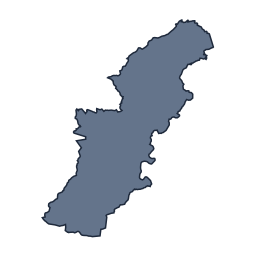 the district of Dak Po, Gia Lai, Vietnam, rotated 272°
{"feature_id": "81297802B45369844815447", "entity_name": "Dak Po", "entity_type": "district", "adm_level": 2, "iso_a3": "VNM", "parent_name": "Vietnam", "parent_adm1": "Gia Lai", "projection": "albers", "projection_center": [108.624, 13.929], "detail": "fine", "context": "isolated", "style": "filled", "palette": "slate", "viewbox_px": 256, "rotation_deg": 272, "n_neighbors": 0, "source": "geoboundaries", "source_scale": "gbopen_adm2", "svg_char_len": 5865}
<svg xmlns="http://www.w3.org/2000/svg" viewBox="0 0 256 256"><g transform="rotate(272 128 128)"><path d="M137.1,74.9L135.7,75.0L135.2,76.4L133.7,77.3L130.7,78.0L130.0,78.4L129.1,79.1L128.8,80.0L127.7,80.6L127.5,80.3L127.5,79.2L125.3,77.4L125.4,76.3L124.0,76.3L123.3,75.4L123.2,74.4L122.1,73.7L121.4,73.9L121.0,74.3L117.8,86.0L115.3,86.1L113.4,76.9L106.6,82.1L102.9,79.5L98.3,81.3L97.4,81.0L95.5,79.3L94.3,79.1L93.6,78.5L92.6,79.4L91.9,79.4L91.3,79.3L90.1,78.3L89.0,78.4L88.5,78.0L87.2,78.0L85.1,78.6L83.9,78.8L81.9,78.0L80.8,77.8L78.8,78.1L77.8,75.4L76.2,73.4L74.7,72.2L73.7,70.7L71.8,70.3L71.0,69.3L68.6,68.6L65.6,66.3L63.4,65.9L63.2,65.2L62.4,64.9L61.6,64.2L60.3,61.1L59.6,60.4L58.8,60.1L55.0,59.9L54.2,58.2L52.4,56.4L51.5,55.1L51.1,53.4L49.7,51.6L49.1,51.4L47.3,51.3L46.5,51.8L45.8,52.8L42.1,52.0L40.8,50.3L40.2,48.4L39.3,47.9L38.6,47.9L37.6,47.9L36.2,48.3L35.4,45.5L34.0,46.5L32.4,48.0L31.9,49.0L30.6,50.4L29.4,52.1L28.6,58.6L27.5,63.0L28.1,65.0L28.3,66.4L29.4,68.9L26.7,69.2L23.3,68.9L21.7,71.3L21.8,71.9L21.4,72.4L21.7,73.3L22.0,76.8L21.4,78.3L21.8,79.5L22.8,81.0L22.9,81.9L22.3,83.1L20.0,84.8L19.3,85.8L19.1,87.6L19.1,90.6L18.6,92.5L18.6,94.2L18.2,96.2L19.2,103.8L25.8,104.4L26.1,106.2L27.3,109.0L38.1,109.9L39.9,109.2L40.7,110.2L40.9,111.0L42.2,114.3L42.7,116.9L43.7,117.0L44.4,117.4L45.6,117.1L46.6,117.7L48.2,120.5L48.5,121.6L51.0,123.0L51.0,124.5L51.7,127.3L52.8,127.7L54.4,128.8L56.1,130.5L57.6,130.9L60.8,131.2L62.0,131.8L63.2,132.1L63.8,132.7L64.7,134.7L66.0,135.4L66.5,136.3L67.1,136.5L67.2,136.8L66.7,137.4L67.0,137.8L66.9,138.2L67.1,138.5L66.8,139.5L67.0,140.2L67.3,142.7L67.9,144.1L68.0,145.0L68.7,145.6L69.2,147.4L70.2,148.1L70.2,148.9L70.8,149.2L71.0,149.8L70.6,150.5L70.6,151.4L70.3,152.2L71.6,152.6L72.9,153.6L76.3,152.3L78.8,149.6L79.7,148.4L79.8,147.6L79.6,146.9L77.3,145.3L76.7,144.3L77.4,142.3L78.3,141.4L79.2,141.2L82.0,141.4L83.3,141.9L84.5,142.7L85.7,142.7L87.3,142.1L89.2,141.9L93.1,142.1L94.3,142.8L94.8,143.5L95.4,145.5L95.2,147.6L94.9,148.5L93.4,150.3L92.8,152.4L93.1,153.1L96.5,156.1L97.8,156.1L98.5,155.7L98.6,154.9L98.3,153.3L98.5,152.3L99.6,150.5L101.5,149.7L102.5,149.9L103.0,150.7L105.0,152.1L107.2,154.1L108.3,154.5L110.0,153.9L110.9,153.2L112.4,150.3L113.2,150.9L114.7,151.1L115.7,151.7L117.6,151.6L118.4,150.9L118.9,150.7L120.4,151.0L121.0,151.5L120.9,152.1L121.2,152.4L121.9,151.9L123.4,151.9L124.3,153.0L125.8,153.6L126.6,154.8L126.6,156.4L126.9,157.1L123.6,158.9L123.9,160.1L123.8,161.4L124.4,162.2L124.7,163.3L126.9,166.1L132.5,169.1L134.7,169.0L135.6,168.6L136.0,168.3L138.3,168.8L138.2,169.7L138.6,170.6L140.0,171.4L140.4,172.3L140.6,173.7L139.9,174.9L139.9,176.9L141.0,178.3L142.0,179.1L142.7,179.0L143.2,178.5L143.8,177.1L144.3,176.6L144.9,177.3L146.2,177.6L146.9,179.3L148.3,179.7L149.4,180.8L150.6,181.0L151.2,181.8L153.9,183.6L156.3,184.3L158.5,185.6L157.9,187.4L158.1,189.4L160.1,191.6L164.1,191.5L165.6,190.1L165.8,187.9L167.3,187.4L167.2,185.4L166.9,184.8L167.9,183.6L168.7,182.0L171.4,181.5L172.5,181.6L173.7,182.3L174.9,181.0L177.2,180.0L179.4,177.9L179.8,177.8L180.8,177.9L182.3,178.5L183.5,179.4L187.9,180.8L189.1,182.0L190.2,184.1L190.7,184.4L191.7,184.5L192.2,185.1L193.3,185.4L193.7,185.6L193.7,187.0L194.5,188.0L194.3,188.3L193.6,188.3L193.5,188.8L194.0,189.3L195.0,189.3L195.1,190.6L195.7,191.1L196.4,192.5L197.2,193.4L197.4,194.4L198.0,195.4L198.3,197.0L200.2,197.5L200.1,199.4L199.6,201.0L200.1,202.4L199.3,203.6L200.3,204.1L200.8,204.2L201.5,203.1L202.8,204.2L203.2,204.3L203.6,203.1L204.3,202.6L203.8,201.6L204.0,201.1L205.6,201.7L207.4,201.1L208.1,201.7L208.5,202.5L209.1,203.0L209.5,206.1L211.1,209.0L211.4,210.1L211.9,210.5L224.9,206.0L225.4,205.0L225.4,203.8L226.7,203.6L227.3,203.1L227.0,201.2L228.5,200.6L229.6,198.7L231.5,197.7L232.0,196.6L232.0,195.8L232.8,195.1L233.0,193.8L233.4,193.6L234.7,193.8L235.1,193.5L235.3,192.8L235.2,191.4L235.5,191.0L236.3,190.8L237.2,191.2L237.5,190.8L237.3,188.8L236.7,187.2L236.8,186.3L236.3,185.2L236.1,184.0L236.4,183.9L237.5,184.4L237.8,184.1L236.6,182.6L235.7,181.9L235.4,179.7L236.0,179.0L236.1,177.7L237.3,178.2L237.8,178.1L237.8,177.8L236.5,175.6L234.9,174.5L233.6,173.9L233.3,173.2L233.8,172.6L233.7,172.3L232.9,172.0L232.0,172.8L231.2,172.7L227.8,169.7L226.2,167.8L223.0,164.5L222.8,163.5L221.7,161.7L220.9,158.6L219.6,156.3L219.0,154.7L219.3,151.5L219.0,150.0L216.7,148.5L215.6,146.1L213.7,145.0L211.8,145.0L209.8,143.1L207.3,139.6L207.3,139.3L208.5,137.3L208.4,135.7L205.5,134.2L204.9,133.6L204.0,132.5L203.6,131.3L203.0,130.3L200.0,126.6L197.9,125.8L197.9,125.0L197.3,124.5L197.0,125.5L196.5,125.9L195.3,126.0L194.5,125.8L192.6,124.5L190.8,123.8L189.7,123.1L189.6,121.8L188.9,120.6L186.1,120.0L185.3,119.2L184.8,117.8L182.0,118.6L181.5,118.4L180.4,117.4L179.8,116.1L180.2,114.8L180.0,113.8L180.0,111.7L179.6,110.5L178.7,109.2L178.2,106.6L177.5,105.9L176.2,109.4L175.7,109.8L175.3,110.6L174.6,110.9L174.4,111.6L172.6,111.7L170.6,112.5L169.8,113.8L169.5,113.9L169.5,114.2L168.8,114.7L167.2,114.3L167.1,114.7L166.2,115.3L166.0,115.8L164.6,116.6L164.4,117.4L163.4,118.3L162.0,119.0L161.1,119.0L160.6,119.4L160.5,119.8L159.8,120.2L159.5,120.8L158.9,121.1L159.0,121.9L158.5,121.7L157.6,122.0L157.3,121.5L156.4,121.5L155.8,121.0L154.5,120.8L153.9,120.4L153.0,120.8L152.9,120.4L152.5,120.3L152.5,120.0L151.9,119.9L151.4,119.1L150.9,119.6L150.2,119.8L149.7,119.7L148.7,119.2L147.3,119.4L146.4,120.0L145.3,121.4L144.4,120.2L144.0,119.1L144.0,118.3L143.6,117.3L145.8,115.7L145.0,114.5L144.9,113.8L145.3,110.7L144.9,107.7L145.1,106.7L144.9,105.3L145.1,104.7L143.8,103.3L146.0,101.2L145.4,99.9L145.3,99.2L146.3,96.1L145.4,96.0L143.2,96.4L141.9,95.6L142.3,94.1L142.7,93.7L142.9,92.5L143.4,91.5L144.8,87.5L144.9,86.7L144.4,86.1L142.9,86.5L142.5,85.9L141.0,85.1L145.4,81.1L145.0,78.7L143.9,78.1L143.5,77.7L143.8,77.4L144.7,77.5L144.7,76.7L145.2,76.2L144.0,75.4L140.2,76.0L138.1,75.7L137.1,74.9Z" fill="#64748b" stroke="#1e293b" stroke-width="1.5"/></g></svg>